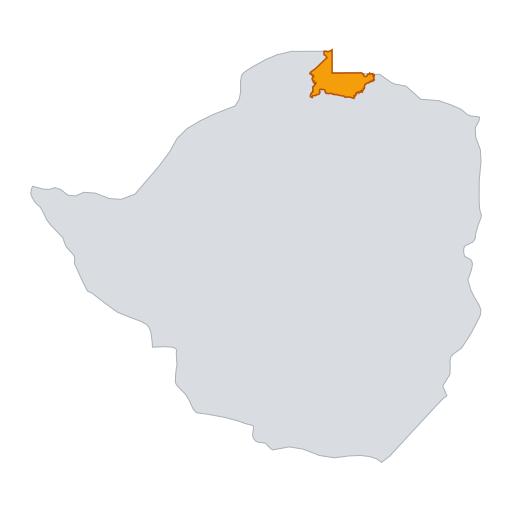 location of Mbire, Mashonaland Central, Zimbabwe
{"feature_id": "62879985B94368680034661", "entity_name": "Mbire", "entity_type": "district", "adm_level": 2, "iso_a3": "ZWE", "parent_name": "Zimbabwe", "parent_adm1": "Mashonaland Central", "projection": "albers", "projection_center": [30.66, -16.018], "detail": "fine", "context": "in_parent", "style": "filled", "palette": "amber", "viewbox_px": 512, "rotation_deg": 0, "n_neighbors": 0, "source": "geoboundaries", "source_scale": "gbopen_adm2", "svg_char_len": 6792}
<svg xmlns="http://www.w3.org/2000/svg" viewBox="0 0 512 512"><path d="M381.6,462.3L376.5,458.8L369.5,456.5L360.6,455.5L349.0,455.9L334.7,457.8L319.4,455.5L303.0,449.1L289.4,446.9L273.2,449.8L272.5,449.9L269.7,447.7L265.2,443.0L257.8,442.2L255.8,441.1L254.1,439.3L253.0,437.1L252.6,434.6L253.7,426.8L253.1,425.9L251.1,425.0L247.0,424.1L237.2,420.7L224.9,417.4L204.9,413.8L197.2,412.9L195.4,411.8L193.1,409.0L189.1,400.1L185.4,394.2L176.7,385.2L175.3,382.4L175.6,375.1L176.2,369.2L177.0,364.3L176.6,359.6L176.3,353.8L176.6,349.9L175.4,348.3L172.2,347.1L163.3,346.7L152.5,347.2L152.1,341.3L150.9,332.2L148.8,327.0L146.3,324.3L141.3,321.5L131.2,317.8L117.4,312.2L105.5,303.6L91.8,293.0L87.6,291.2L82.4,281.1L74.5,263.7L74.8,257.9L73.6,255.0L66.1,246.6L64.3,242.2L62.9,237.7L50.9,225.3L46.8,219.9L43.5,212.9L40.4,207.3L37.8,205.1L34.3,201.3L31.9,197.0L30.7,193.8L31.5,189.3L32.5,186.3L43.8,189.2L49.9,189.3L54.7,187.6L60.7,189.5L67.8,195.1L75.6,196.0L83.8,192.3L95.1,193.1L109.3,198.5L121.1,199.4L135.0,194.1L147.2,179.9L158.7,166.5L170.1,151.1L176.9,138.7L187.0,128.6L200.4,120.7L214.1,114.1L235.1,105.9L239.2,99.3L240.6,92.1L240.5,82.1L241.5,75.6L243.7,72.6L247.2,70.3L251.7,67.3L265.6,59.6L277.2,54.7L291.4,51.4L307.0,51.3L322.0,51.3L330.5,51.2L330.7,60.8L331.3,71.6L333.0,72.7L344.3,72.9L362.3,73.7L379.8,74.4L390.9,82.3L394.6,84.0L406.1,86.2L420.8,99.3L438.5,100.6L450.7,104.8L461.4,109.4L467.5,114.9L471.5,116.1L476.9,116.6L479.6,117.1L478.9,121.0L475.3,127.5L475.6,136.9L480.4,150.0L481.0,161.3L479.2,181.2L479.1,200.6L479.5,207.5L480.3,212.1L481.3,214.6L481.1,217.4L478.0,225.5L475.6,234.0L475.5,237.4L474.5,239.8L472.8,242.0L465.1,245.8L463.7,248.2L463.7,252.7L464.7,256.4L467.5,257.8L471.0,259.9L472.3,262.7L472.3,265.6L471.1,271.0L467.9,279.9L470.9,290.3L474.3,297.0L478.9,304.8L480.8,309.6L480.7,313.0L479.9,316.3L472.7,330.4L467.5,339.1L461.2,348.4L453.0,354.2L450.8,357.0L450.0,360.3L450.2,367.3L449.8,374.7L442.7,385.9L446.9,395.7L445.9,396.6L443.6,398.0L433.4,408.8L423.2,419.8L415.7,427.9L407.3,437.0L397.8,447.3L389.7,456.1L381.6,462.3Z" fill="#d9dde1" stroke="#a8b0b8" stroke-width="1"/><path d="M371.3,73.7L371.0,74.0L370.5,73.7L369.7,74.1L369.6,73.8L369.6,73.6L369.8,73.4L369.8,73.1L369.7,73.0L369.3,73.7L369.0,74.0L368.5,74.3L367.8,74.2L367.6,74.3L367.3,75.1L367.4,75.3L366.9,76.0L366.7,76.0L366.3,76.4L365.9,76.6L365.3,76.6L364.9,76.5L364.9,76.4L364.7,76.2L364.3,76.0L364.2,76.0L363.8,75.6L363.7,75.2L363.5,75.3L363.3,75.1L363.5,74.9L363.4,74.8L363.5,74.6L362.9,73.6L362.6,73.5L362.2,73.2L361.9,73.3L361.0,72.7L360.5,72.8L360.4,72.9L345.8,72.9L345.6,73.0L336.0,73.1L332.1,73.0L332.1,49.7L331.7,49.9L331.2,50.4L330.5,50.8L329.7,51.2L329.2,51.2L328.1,51.8L327.9,51.8L327.4,51.6L326.8,51.5L326.2,51.2L325.3,51.2L324.0,51.3L324.0,52.7L324.1,54.8L325.7,55.7L327.0,57.7L326.9,57.8L326.7,57.8L316.2,68.0L310.4,72.3L310.4,72.6L310.1,73.1L310.4,73.1L310.6,73.2L310.8,73.0L311.1,73.3L311.0,73.8L310.9,73.9L310.8,74.0L311.1,74.0L311.2,74.4L311.5,74.6L311.6,74.8L311.8,75.1L312.0,75.1L312.4,75.1L312.5,75.4L312.8,75.1L313.0,75.4L312.8,75.5L313.2,75.8L313.7,75.6L313.8,75.7L313.7,75.9L313.2,76.0L313.3,76.5L313.2,76.7L313.3,76.9L313.2,76.9L312.9,77.1L313.1,77.3L312.9,77.6L312.6,77.6L312.5,77.8L312.0,78.6L312.1,79.0L312.2,79.4L312.4,79.4L312.5,79.6L312.4,79.9L312.5,80.2L312.7,80.3L312.8,80.4L313.2,80.4L313.5,80.6L313.2,80.7L313.2,80.8L313.3,80.7L313.4,80.8L313.2,80.9L313.2,81.0L313.3,81.3L313.8,81.9L314.0,82.6L314.4,83.0L314.1,83.0L314.5,83.5L314.9,83.4L314.7,83.3L314.9,82.9L315.0,82.9L315.2,83.1L315.6,82.8L315.5,83.2L315.7,83.8L315.6,84.1L315.3,84.3L314.8,84.5L314.6,84.7L314.4,85.4L314.0,86.0L313.7,86.0L313.3,86.4L313.0,86.9L312.7,86.9L312.9,88.2L312.7,88.8L313.0,89.7L313.0,90.3L312.7,90.5L312.9,90.9L312.6,91.5L312.8,91.7L312.6,91.8L312.4,92.4L311.8,92.5L311.1,93.3L311.3,93.6L311.2,93.9L310.8,94.1L310.8,94.6L310.6,94.8L310.6,95.1L310.4,95.3L310.3,95.9L310.4,96.3L310.3,96.6L310.7,96.9L311.0,97.0L311.3,97.3L311.8,97.4L312.1,97.6L312.3,97.6L312.5,97.4L312.2,96.9L312.2,96.7L312.4,96.5L312.6,95.8L312.8,95.7L313.3,95.7L313.6,95.7L313.9,95.7L314.3,95.5L315.9,95.5L316.0,95.4L316.4,95.0L317.0,94.6L318.7,94.4L319.0,94.2L319.6,93.5L319.7,93.0L319.6,92.6L319.5,92.4L319.5,92.2L319.9,91.9L320.0,91.8L319.9,91.7L319.7,91.6L319.5,91.2L319.6,90.6L319.5,89.8L320.2,89.3L321.2,89.1L321.5,89.2L321.7,89.3L322.0,89.5L321.9,89.6L322.3,89.8L323.0,89.5L323.6,89.4L324.2,89.6L324.7,89.8L324.9,90.2L325.1,90.7L325.1,92.0L325.7,92.2L325.8,92.3L326.0,92.7L325.9,93.1L326.0,93.3L326.4,93.4L326.6,93.5L327.2,93.4L327.5,93.4L328.4,93.7L328.7,93.7L329.3,93.4L329.8,93.5L330.4,93.5L332.5,93.6L332.7,94.3L333.3,94.3L334.0,94.4L334.5,94.6L334.9,94.7L335.7,94.6L336.2,94.3L336.8,94.6L337.1,94.9L338.3,95.0L338.8,95.1L339.5,95.5L340.7,95.5L341.5,95.7L342.2,96.0L343.5,95.9L343.8,95.9L343.9,96.0L344.1,96.5L344.8,96.8L345.3,97.4L346.0,97.1L347.8,97.1L349.3,97.0L351.3,97.5L352.6,98.1L353.8,98.4L353.8,98.2L354.0,98.2L354.1,97.7L354.0,97.4L353.9,97.2L354.0,96.9L354.3,96.8L354.2,96.6L354.4,96.6L354.3,96.4L354.6,96.3L354.4,96.1L354.6,96.1L354.6,95.8L354.9,95.9L355.0,95.6L355.3,95.2L355.6,95.1L355.5,94.8L355.7,94.7L356.0,94.6L356.0,94.3L356.2,94.2L356.3,94.0L356.3,93.8L356.4,93.7L356.3,93.4L356.6,93.4L356.8,93.1L356.5,93.3L356.4,93.1L356.7,93.1L356.8,93.0L357.0,93.0L357.0,92.8L356.9,92.8L357.0,92.7L357.3,92.6L357.2,92.4L357.3,92.2L357.4,92.3L357.5,92.4L357.6,92.2L357.9,92.2L358.1,92.1L358.3,92.0L358.6,92.2L358.8,92.4L359.1,92.2L359.1,92.5L359.3,92.2L359.6,92.2L359.7,92.3L359.8,92.1L360.2,91.9L360.1,92.0L360.4,92.1L360.5,91.9L360.6,91.7L360.9,91.8L360.9,91.7L361.1,91.8L361.1,91.6L361.3,91.7L361.1,91.3L361.4,91.4L361.2,91.1L361.3,91.0L361.6,91.0L361.7,90.8L361.8,91.1L361.8,90.9L362.1,90.8L362.2,90.7L362.5,90.8L362.6,90.5L362.8,90.6L362.8,90.8L362.9,90.7L363.1,90.6L363.3,90.3L363.6,90.2L363.1,90.2L363.4,89.6L363.3,89.1L363.4,88.9L363.9,88.8L364.0,88.8L364.2,88.5L364.0,88.4L363.8,88.5L363.8,88.3L363.9,88.1L364.3,88.0L364.4,87.9L364.6,87.8L364.5,87.4L364.3,87.4L364.2,87.3L364.3,87.1L364.3,86.8L364.8,85.5L364.8,84.8L365.9,84.2L366.5,83.2L366.9,83.0L367.7,83.1L367.9,83.0L368.4,83.0L368.6,82.7L369.0,82.5L369.3,82.2L369.5,82.3L369.8,82.0L369.9,81.7L370.0,81.4L370.3,81.4L370.4,81.5L370.5,81.7L370.8,81.5L370.9,81.2L370.8,81.3L370.8,81.2L371.7,81.1L372.1,81.0L372.1,81.4L372.7,81.4L372.7,81.1L372.8,81.1L372.8,80.9L372.8,80.5L372.8,80.3L372.7,80.1L373.2,80.0L373.6,80.2L373.9,80.2L374.1,80.1L373.9,79.9L374.0,79.8L374.2,79.6L374.0,79.4L374.1,79.0L373.9,78.7L373.8,78.4L373.9,77.9L373.7,77.7L373.7,77.4L373.8,77.1L373.5,76.8L373.9,76.2L374.4,75.9L374.3,75.6L374.1,75.6L373.4,76.2L373.2,76.2L373.1,75.7L373.4,75.4L374.0,74.7L373.8,74.6L373.6,74.7L373.3,74.7L372.9,74.6L372.7,74.7L372.4,74.3L372.7,73.8L372.7,73.6L372.0,73.8L371.3,73.7Z" fill="#f59e0b" stroke="#b45309" stroke-width="1.5"/></svg>